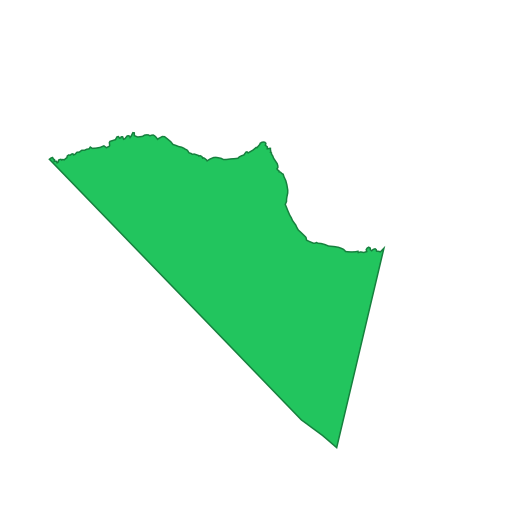 the district of Badrulchau, Ngarchelong, Palau, rotated 323°
{"feature_id": "81905179B80173793972451", "entity_name": "Badrulchau", "entity_type": "district", "adm_level": 2, "iso_a3": "PLW", "parent_name": "Palau", "parent_adm1": "Ngarchelong", "projection": "orthographic", "projection_center": [134.635, 7.709], "detail": "fine", "context": "isolated", "style": "filled", "palette": "green", "viewbox_px": 512, "rotation_deg": 323, "n_neighbors": 0, "source": "geoboundaries", "source_scale": "gbopen_adm2", "svg_char_len": 2752}
<svg xmlns="http://www.w3.org/2000/svg" viewBox="0 0 512 512"><g transform="rotate(323 256 256)"><path d="M317.8,364.1L362.8,326.8L359.6,327.3L357.7,327.5L357.0,326.3L355.2,324.7L355.8,323.3L355.5,322.0L354.7,321.6L353.5,321.3L351.5,321.4L351.1,319.8L352.0,318.4L351.3,316.8L349.6,316.6L347.9,317.2L347.1,319.1L344.2,318.1L342.1,315.8L339.7,314.8L340.3,313.6L337.8,312.4L334.6,310.2L332.0,308.0L330.2,306.3L330.2,305.2L329.9,303.4L328.8,301.3L327.1,298.7L324.3,295.7L319.9,291.7L317.9,288.3L315.5,285.2L313.0,283.0L312.5,281.7L310.8,281.3L309.6,280.4L307.2,276.3L305.9,273.8L307.1,271.2L306.9,269.5L306.1,264.4L305.4,260.6L305.9,257.1L306.4,255.1L306.4,253.3L306.5,249.5L307.2,246.7L307.5,243.8L308.3,240.4L308.8,238.4L309.3,236.7L310.4,232.4L313.2,230.8L314.5,229.1L316.2,227.4L319.2,224.8L321.0,222.5L323.5,217.7L325.1,213.8L326.0,209.6L326.9,207.0L326.3,205.7L326.0,203.8L325.1,202.6L325.6,201.8L325.0,199.9L325.3,198.9L326.6,198.6L327.6,197.3L328.5,195.0L328.7,191.7L328.9,188.5L329.6,186.0L329.7,184.0L330.4,182.9L330.0,181.7L330.8,181.4L331.3,180.1L332.3,178.7L331.6,178.2L329.5,177.2L330.7,175.6L330.1,173.2L331.0,172.6L331.7,171.9L331.5,170.5L330.6,169.5L329.1,168.7L327.2,168.5L326.1,169.2L321.9,170.1L321.5,169.4L317.3,169.6L311.7,168.9L311.5,167.4L310.5,167.0L307.1,168.0L304.9,167.3L302.3,166.8L300.4,167.1L297.5,165.4L294.3,163.3L290.4,161.1L288.1,159.4L287.7,158.7L286.9,157.0L286.0,156.0L284.4,154.2L283.2,153.0L281.3,151.8L280.0,151.5L277.7,150.9L274.2,150.6L274.2,149.1L273.9,147.8L273.3,146.1L272.3,145.8L272.6,144.0L271.7,142.2L270.5,141.8L270.5,141.0L268.1,137.5L266.3,136.4L265.8,134.9L264.7,133.6L264.6,132.5L264.8,131.1L264.6,129.6L263.8,128.2L263.3,126.7L262.1,124.4L260.0,121.9L258.5,119.4L256.8,117.0L256.7,113.4L255.6,108.7L254.8,105.7L253.1,104.2L250.5,103.8L248.8,103.5L247.6,103.6L247.7,102.2L247.6,100.4L247.3,98.9L246.7,97.5L245.3,96.7L243.6,96.1L242.8,94.4L241.4,93.3L239.7,92.4L237.4,92.2L233.1,89.8L231.3,86.7L232.9,84.4L231.9,83.4L229.9,84.4L228.5,85.2L226.8,85.6L227.2,84.3L226.4,83.1L225.3,82.6L221.9,83.4L220.5,83.1L221.2,80.5L220.1,79.7L219.1,80.3L217.9,79.7L218.0,77.8L216.7,77.2L213.7,78.5L208.4,76.6L207.2,77.1L205.7,79.6L205.0,80.1L201.7,79.5L200.8,76.5L196.9,75.5L193.0,73.5L190.0,71.5L189.2,69.3L187.2,70.0L184.9,68.8L182.7,68.4L182.1,67.9L180.4,66.7L177.0,66.7L176.5,66.0L175.2,65.4L172.8,65.9L171.2,65.5L171.4,64.6L170.7,63.8L169.4,63.6L168.2,63.7L167.3,62.6L165.6,62.5L164.0,63.7L162.6,63.6L160.6,63.8L159.9,62.7L158.5,62.4L158.4,61.4L157.6,61.0L156.1,60.6L154.4,62.0L153.2,61.9L153.6,60.3L152.8,59.5L151.8,59.0L153.0,57.9L152.6,56.6L152.8,54.9L151.4,54.4L149.2,54.4L176.9,278.4L193.6,414.3L201.1,439.3L205.1,457.6L263.5,409.2L317.8,364.1Z" fill="#22c55e" stroke="#15803d" stroke-width="1.5"/></g></svg>